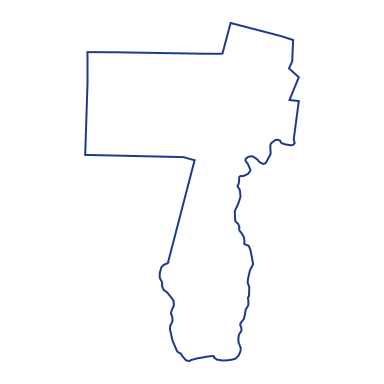 the district of Charlton, Georgia, United States of America
{"feature_id": "52423323B4621357576796", "entity_name": "Charlton", "entity_type": "district", "adm_level": 2, "iso_a3": "USA", "parent_name": "United States of America", "parent_adm1": "Georgia", "projection": "orthographic", "projection_center": [-82.072, 30.717], "detail": "fine", "context": "isolated", "style": "outline", "palette": "blue", "viewbox_px": 384, "rotation_deg": 0, "n_neighbors": 0, "source": "geoboundaries", "source_scale": "gbopen_adm2", "svg_char_len": 2031}
<svg xmlns="http://www.w3.org/2000/svg" viewBox="0 0 384 384"><path d="M168.2,261.8L168.4,262.5L166.7,263.7L164.9,264.3L163.2,265.3L161.3,267.5L159.8,272.9L159.7,276.5L160.0,278.5L161.7,281.4L162.3,284.2L161.9,285.9L163.3,289.2L164.1,290.3L166.7,292.1L169.0,294.6L171.6,297.9L173.6,301.0L173.8,306.1L172.3,308.7L171.0,312.6L171.1,314.3L171.7,315.0L172.2,316.7L172.6,320.2L171.5,323.6L170.2,325.7L170.0,329.5L172.5,340.5L177.0,351.1L178.3,352.4L180.7,353.5L182.2,355.9L185.7,360.0L186.3,360.4L188.3,360.9L189.7,361.0L191.1,360.0L197.2,358.4L208.1,356.5L212.8,356.0L213.7,356.3L214.2,356.9L214.0,357.5L216.9,359.6L222.4,360.5L227.5,360.3L231.0,359.8L235.0,358.9L235.9,358.4L238.8,355.2L240.4,351.5L240.8,348.1L238.6,342.6L238.3,339.6L238.6,336.4L239.1,334.4L241.5,330.6L241.3,327.9L240.2,324.9L240.6,323.0L243.1,320.0L243.9,318.8L245.0,313.9L245.7,309.5L248.1,305.8L248.4,304.0L248.3,299.9L247.9,297.8L248.9,296.2L249.3,287.9L248.9,285.5L248.4,284.9L247.7,282.8L247.9,279.4L249.9,270.5L253.1,264.2L252.0,257.8L250.4,249.9L248.9,246.2L248.6,245.8L244.4,244.1L244.2,243.8L244.5,240.7L243.7,236.7L241.5,233.1L240.0,231.3L239.1,229.5L239.4,227.6L239.2,226.6L238.1,223.7L236.6,222.6L235.2,220.8L234.8,211.1L238.3,203.5L240.5,196.8L240.0,191.2L239.4,189.0L238.6,188.1L237.5,186.0L238.6,183.8L239.0,182.3L239.2,177.5L239.5,176.7L240.7,175.9L242.0,176.1L243.7,175.9L248.0,173.9L250.1,171.1L250.5,170.2L248.0,164.2L245.5,160.8L245.6,159.1L246.0,158.5L248.3,156.8L252.0,156.2L253.2,156.7L257.3,159.4L258.9,161.5L259.8,162.2L262.8,163.8L263.7,163.9L265.8,163.0L270.4,154.5L270.6,152.6L270.4,148.9L270.3,146.4L270.5,144.4L271.5,142.9L275.5,139.9L278.2,139.9L280.1,140.7L281.3,142.9L281.6,143.2L285.8,144.5L291.2,145.3L293.1,144.8L294.1,143.9L294.7,143.0L293.7,139.5L298.8,101.1L289.5,100.0L295.9,84.3L298.8,77.3L289.0,68.4L292.2,61.3L293.1,40.0L281.0,36.1L230.6,23.0L222.5,53.5L219.9,53.8L202.0,53.7L117.0,52.3L87.5,52.1L87.5,83.5L85.2,154.9L183.2,157.1L191.2,159.3L194.6,160.2L168.2,261.8Z" fill="none" stroke="#1e3a8a" stroke-width="2"/></svg>